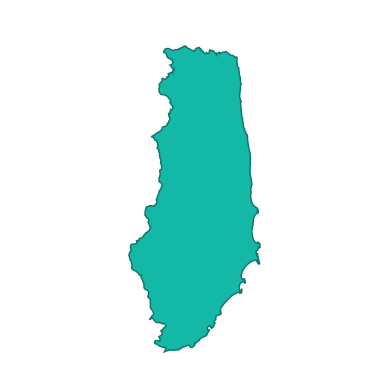 outline of Taolagnaro, Anosy, Madagascar, rotated 335°
{"feature_id": "10022922B85658862424992", "entity_name": "Taolagnaro", "entity_type": "district", "adm_level": 2, "iso_a3": "MDG", "parent_name": "Madagascar", "parent_adm1": "Anosy", "projection": "orthographic", "projection_center": [46.969, -24.588], "detail": "fine", "context": "isolated", "style": "filled", "palette": "teal", "viewbox_px": 384, "rotation_deg": 335, "n_neighbors": 0, "source": "geoboundaries", "source_scale": "gbopen_adm2", "svg_char_len": 6043}
<svg xmlns="http://www.w3.org/2000/svg" viewBox="0 0 384 384"><g transform="rotate(335 192 192)"><path d="M228.3,51.1L225.9,52.5L225.3,53.5L227.0,55.1L226.7,60.0L227.5,60.7L227.6,61.3L228.3,61.7L228.7,62.6L230.2,63.8L229.5,64.6L229.6,66.0L229.2,66.9L227.3,68.0L225.7,67.7L226.4,69.2L226.2,71.0L228.1,73.5L227.6,74.0L227.2,73.6L226.2,73.5L225.9,74.6L224.9,74.9L225.0,75.7L224.6,76.3L224.4,75.4L223.4,74.7L220.5,74.9L220.2,75.5L220.0,77.6L218.0,77.0L216.7,78.5L214.9,78.4L213.3,76.5L212.9,76.5L211.7,78.9L208.9,79.9L207.4,81.0L207.2,83.2L205.9,84.1L204.9,86.4L204.5,87.8L205.1,90.3L205.6,90.9L207.4,91.6L210.4,95.2L210.3,97.0L211.4,98.6L210.9,101.1L209.9,101.3L209.7,101.6L210.7,106.7L210.3,108.1L208.9,108.8L207.5,108.1L207.2,108.9L206.2,109.5L205.5,111.5L204.0,110.9L203.2,113.2L203.1,115.8L202.7,116.7L200.9,118.1L199.5,119.6L198.5,119.4L197.7,120.9L195.8,121.4L194.2,120.8L192.6,120.8L191.4,122.4L189.1,123.4L183.2,124.0L181.6,124.6L179.6,124.5L178.8,125.0L180.2,126.5L180.3,129.0L181.4,130.1L181.4,133.2L180.8,134.6L180.7,135.7L178.9,137.5L179.7,140.3L178.9,141.6L178.9,143.5L177.9,145.2L177.8,146.7L177.3,147.4L177.3,150.0L175.7,152.5L175.7,154.7L175.2,156.6L174.0,158.4L172.3,158.5L171.5,159.3L171.3,160.8L170.4,162.8L168.7,165.0L167.6,165.9L167.1,168.2L166.5,168.7L167.7,170.3L168.0,173.4L166.3,174.4L165.8,176.1L164.8,176.0L163.3,177.2L162.5,177.4L161.8,179.0L159.1,181.0L157.9,182.9L156.7,183.3L155.8,186.7L155.2,187.4L153.4,187.9L152.6,188.8L151.2,188.1L150.0,188.0L149.2,187.1L147.5,186.5L146.3,186.7L144.9,186.3L143.8,186.7L143.1,187.9L141.3,189.8L139.6,193.2L140.1,194.8L140.0,196.0L141.2,198.3L140.6,199.7L139.4,201.0L139.5,204.1L139.2,205.6L139.6,206.5L139.3,206.8L136.6,208.9L134.2,209.6L133.0,209.4L132.1,210.2L130.7,210.4L129.5,211.5L127.1,212.4L125.0,211.9L122.8,213.6L122.0,212.7L120.9,213.0L120.9,214.1L120.0,215.2L118.1,214.9L115.2,213.8L113.5,214.9L112.8,216.0L111.8,219.9L110.5,220.1L108.3,222.3L107.2,227.4L107.6,229.2L107.1,230.7L107.0,232.4L106.3,233.8L105.5,234.4L105.1,236.2L105.7,237.6L107.6,239.9L108.6,242.1L109.4,245.4L111.4,246.1L109.8,247.6L109.9,251.2L109.5,255.5L108.4,257.5L108.1,258.8L108.4,260.3L110.1,262.3L110.6,264.6L109.4,266.4L107.9,267.8L107.7,268.7L108.8,271.8L105.5,279.1L105.4,280.8L106.3,283.3L105.8,286.0L105.0,287.2L103.4,287.3L101.6,288.7L99.2,289.7L102.9,289.4L103.7,293.3L105.1,295.8L107.2,296.3L109.4,298.8L111.6,299.7L111.9,301.4L111.8,302.4L111.3,302.7L108.4,303.5L107.5,304.3L105.1,304.6L105.5,306.5L105.0,308.1L103.8,308.9L100.9,309.1L100.7,309.7L101.0,311.4L100.0,313.4L96.5,311.4L95.3,311.5L94.4,312.6L94.4,313.8L96.3,315.4L97.1,317.5L99.7,320.1L102.7,321.9L100.6,324.4L99.5,325.1L102.0,325.2L105.2,325.9L109.6,328.1L110.8,328.2L112.8,329.4L117.5,328.8L123.6,329.2L124.9,329.9L124.7,331.3L125.3,332.5L126.7,332.9L130.1,331.7L130.5,330.2L131.2,330.5L132.4,330.1L132.7,330.4L134.7,329.5L135.9,329.6L136.8,328.8L138.5,328.2L144.2,328.2L145.3,327.6L145.9,326.8L145.8,326.5L147.2,326.1L149.4,324.4L149.3,324.0L148.1,324.1L147.9,323.6L148.2,322.0L149.1,321.0L151.4,320.5L152.0,321.2L151.9,323.3L152.6,323.4L152.5,323.7L154.3,323.3L155.4,322.0L157.2,320.7L156.8,320.7L156.6,320.3L157.1,318.9L158.3,318.0L159.6,317.8L160.0,316.5L160.8,315.8L161.1,314.9L162.7,314.5L165.2,314.9L165.9,314.3L166.2,314.9L166.6,314.9L167.2,313.4L167.5,313.3L167.5,312.2L167.2,312.1L168.1,310.4L169.8,308.9L173.4,307.0L180.4,304.0L186.1,302.4L191.6,302.4L192.7,302.8L193.1,303.4L192.6,304.1L194.1,304.3L195.7,302.1L195.2,302.1L195.4,301.6L194.4,302.2L193.6,300.9L194.4,298.1L196.2,296.0L197.3,295.2L198.6,294.8L200.8,294.9L200.8,295.4L201.5,295.8L201.2,296.6L201.6,297.0L201.9,296.9L202.5,295.2L202.1,294.6L202.6,294.2L202.4,293.6L202.8,292.8L202.4,292.6L201.8,293.2L201.5,293.0L201.8,292.9L201.3,292.9L200.8,292.2L200.6,290.5L201.3,288.5L203.7,285.5L208.2,282.4L210.9,281.3L215.2,280.2L218.4,280.1L220.3,280.5L221.0,280.7L221.3,281.7L221.9,281.6L221.5,284.1L221.9,285.1L222.2,284.7L222.4,285.4L222.8,285.5L223.1,285.0L222.7,284.9L222.9,284.0L222.5,283.5L223.3,283.6L223.8,282.0L223.6,281.6L223.2,281.9L222.9,281.7L223.8,280.8L224.1,279.5L223.4,279.3L224.1,279.2L224.5,278.8L224.6,277.5L224.0,277.3L225.1,276.0L224.6,276.0L225.0,275.5L224.7,275.1L224.2,275.1L224.2,274.2L225.3,272.9L227.0,272.3L228.5,270.7L228.9,269.8L229.2,270.8L229.7,270.5L229.8,270.9L230.3,270.8L230.1,270.3L231.3,268.7L231.5,267.4L231.0,266.9L231.1,265.8L230.7,265.3L230.2,265.9L229.4,265.8L228.4,264.7L227.9,264.0L227.5,261.7L227.8,258.8L229.2,253.7L230.1,251.9L233.5,247.3L236.0,242.8L237.2,241.3L239.7,239.3L242.5,238.7L243.1,238.9L243.4,238.4L242.7,238.1L243.0,236.8L243.7,236.7L243.8,237.3L244.1,237.2L244.2,236.3L243.8,235.9L244.5,234.7L242.5,231.4L241.9,228.5L241.8,226.4L242.8,222.0L244.1,219.2L245.5,217.2L246.1,215.0L248.2,211.8L249.5,210.5L252.7,199.2L255.3,193.6L256.7,191.7L257.1,190.0L258.5,187.6L261.3,180.6L261.4,178.8L263.1,172.5L264.4,168.2L265.1,166.4L265.6,165.9L265.4,164.6L265.9,164.3L266.2,163.6L265.6,162.2L265.3,162.1L266.2,160.0L265.8,159.4L265.7,158.2L266.5,156.6L266.2,156.1L266.2,155.0L268.3,147.9L269.1,146.3L268.9,145.4L269.6,143.1L273.4,132.3L274.5,130.8L274.9,130.7L274.8,128.0L275.8,124.8L279.8,118.5L280.7,116.5L282.4,114.4L282.2,113.3L284.1,108.6L284.4,106.1L286.8,99.1L286.2,98.6L286.5,96.5L287.5,94.4L287.5,93.2L289.6,89.5L289.5,88.8L288.4,88.0L287.9,88.1L287.0,85.7L285.3,85.0L282.3,79.2L281.3,79.4L280.0,78.5L276.8,78.1L275.9,78.5L275.9,77.8L275.4,77.6L275.6,76.9L275.3,76.7L274.7,77.2L273.8,77.2L273.5,77.6L273.0,77.4L272.1,78.1L272.6,76.4L271.7,76.4L270.9,72.9L268.9,71.6L268.3,70.7L267.0,71.7L267.2,72.2L266.8,73.0L266.2,73.4L264.4,72.8L264.0,71.9L263.2,72.3L261.9,71.7L261.5,70.3L261.6,69.6L260.5,67.8L260.7,66.9L260.2,65.5L259.6,65.0L259.7,64.1L257.3,63.6L255.5,64.0L254.7,65.1L253.9,65.3L253.3,64.4L252.2,64.3L250.2,61.1L248.7,59.6L248.4,58.0L247.5,56.7L246.8,57.1L246.3,57.0L245.8,56.4L244.5,57.0L242.9,56.6L242.1,56.9L241.0,56.7L240.4,57.2L239.4,56.7L238.5,56.8L237.0,55.9L235.9,56.0L234.0,55.3L231.8,52.4L230.3,51.5L228.3,51.1Z" fill="#14b8a6" stroke="#0f766e" stroke-width="1.5"/></g></svg>